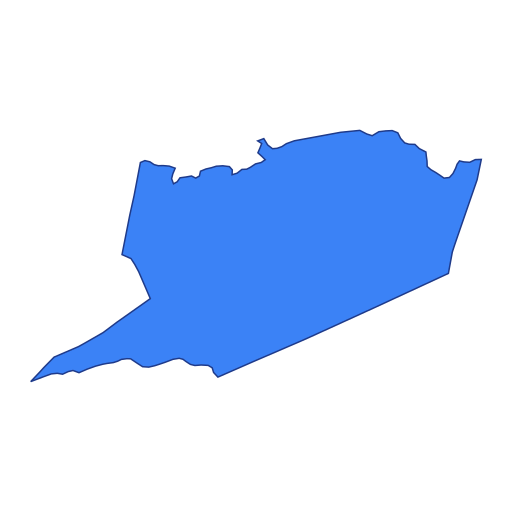 União dos Palmares, Alagoas, Brazil (orthographic projection)
{"feature_id": "56859067B51889338101511", "entity_name": "União dos Palmares", "entity_type": "district", "adm_level": 2, "iso_a3": "BRA", "parent_name": "Brazil", "parent_adm1": "Alagoas", "projection": "orthographic", "projection_center": [-36.041, -9.125], "detail": "fine", "context": "isolated", "style": "filled", "palette": "blue", "viewbox_px": 512, "rotation_deg": 0, "n_neighbors": 0, "source": "geoboundaries", "source_scale": "gbopen_adm2", "svg_char_len": 1724}
<svg xmlns="http://www.w3.org/2000/svg" viewBox="0 0 512 512"><path d="M448.4,273.4L452.3,252.1L454.4,245.6L455.9,241.2L477.1,179.8L481.3,159.4L475.3,159.6L469.7,162.3L463.8,161.9L459.5,160.9L457.1,164.2L455.6,168.3L453.0,173.5L449.4,177.5L444.0,178.1L440.1,175.4L435.9,172.6L430.9,169.7L427.2,166.5L427.0,160.9L426.3,155.9L425.9,152.0L419.3,148.6L414.9,144.4L408.9,144.2L404.7,142.9L400.6,138.4L397.8,132.8L392.2,130.6L385.7,130.9L378.9,131.7L372.2,135.7L366.8,134.0L359.8,130.4L340.6,132.3L294.3,140.8L286.3,143.7L281.9,146.6L277.1,148.3L272.5,148.7L267.7,145.0L263.8,138.6L257.7,140.9L261.7,143.5L260.0,147.9L257.9,152.8L262.1,156.6L265.2,159.7L261.2,162.5L255.5,163.9L250.4,167.3L246.7,169.2L241.9,169.4L237.1,173.2L232.1,174.7L232.3,169.9L229.4,166.6L222.8,165.8L216.3,166.2L211.5,167.7L205.9,169.0L200.5,171.2L199.4,176.0L195.7,178.1L191.5,176.0L185.9,177.0L180.0,177.8L177.2,181.8L173.5,183.8L171.6,178.7L172.8,173.9L175.2,168.2L169.2,166.1L163.2,165.6L158.2,165.7L154.1,164.6L149.9,161.8L144.9,160.6L140.4,162.5L134.1,195.6L129.8,215.0L122.0,254.6L131.0,258.6L134.7,264.3L138.7,271.7L150.3,298.6L131.4,312.0L116.8,322.3L103.1,332.6L84.1,343.5L78.5,346.6L74.8,348.2L54.1,357.1L43.8,367.6L39.9,371.9L30.7,381.6L43.6,376.7L51.3,373.9L57.3,373.3L62.6,374.2L68.2,371.6L73.0,370.5L79.0,372.7L87.3,369.1L95.4,366.2L102.9,364.2L107.2,363.4L113.3,362.6L117.7,361.2L121.4,359.4L126.8,358.7L130.6,358.8L137.0,363.1L142.6,366.7L148.8,367.1L154.8,365.7L159.5,364.2L165.1,362.3L173.0,359.3L179.2,358.3L183.0,359.3L186.1,361.6L190.4,364.4L194.9,365.5L201.1,365.0L208.2,365.4L212.2,367.8L213.6,372.5L217.9,377.1L253.5,361.5L299.2,341.8L308.5,337.7L373.2,308.2L448.4,273.4Z" fill="#3b82f6" stroke="#1e3a8a" stroke-width="1.5"/></svg>